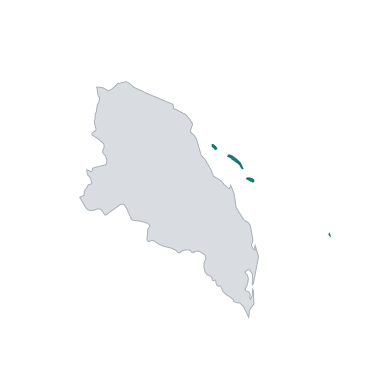 where Islas de la Bahía sits in Honduras, rotated 62°
{"feature_id": "HND-641", "entity_name": "Islas de la Bahía", "entity_type": "Department", "adm_level": 1, "iso_a3": "HND", "parent_name": "Honduras", "parent_adm1": "", "projection": "albers", "projection_center": [-86.1, 16.743], "detail": "fine", "context": "in_parent", "style": "filled", "palette": "teal", "viewbox_px": 384, "rotation_deg": 62, "n_neighbors": 0, "source": "natural_earth", "source_scale": "10m", "svg_char_len": 3578}
<svg xmlns="http://www.w3.org/2000/svg" viewBox="0 0 384 384"><g transform="rotate(62 192 192)"><path d="M329.3,200.8L317.9,200.3L312.6,201.8L310.3,205.0L308.3,206.5L306.6,206.2L303.2,207.4L298.1,210.3L293.4,211.4L289.3,210.8L288.1,211.5L287.8,212.4L287.2,213.3L285.6,213.8L283.7,213.6L281.6,212.6L280.5,213.1L280.4,214.9L279.3,215.4L277.2,214.6L274.8,215.3L272.2,217.5L268.5,218.0L263.7,216.7L259.9,214.4L257.3,210.9L254.1,210.0L248.6,212.7L246.3,215.7L245.8,217.6L246.4,219.3L245.4,220.4L242.8,221.0L240.9,223.1L239.6,226.7L239.3,229.5L240.1,231.4L238.8,232.9L235.5,233.8L231.5,236.9L226.9,242.2L222.4,245.9L217.9,248.0L215.7,250.3L215.8,252.8L215.6,253.6L214.7,253.9L213.2,254.3L204.5,248.8L201.9,244.9L199.8,245.5L197.0,247.4L193.1,251.8L189.0,257.7L187.0,258.3L176.6,257.4L171.1,257.9L170.0,258.7L169.5,260.9L169.8,263.8L171.2,274.2L172.1,278.5L171.2,279.8L168.4,280.0L164.8,280.6L162.8,282.6L162.3,284.6L162.1,287.4L160.9,290.3L158.7,292.4L156.5,293.1L144.0,293.6L144.3,288.8L140.7,286.8L138.7,282.8L136.9,280.1L137.5,278.5L137.4,276.5L132.3,275.0L127.6,276.1L124.9,275.3L122.9,274.3L126.4,271.9L126.6,270.5L125.5,269.4L124.4,268.7L124.8,266.0L125.5,262.9L127.5,255.5L126.8,254.1L123.6,251.9L119.6,251.6L115.2,252.3L113.1,251.1L111.3,248.5L108.2,247.3L102.6,249.3L96.7,252.3L94.9,253.4L93.4,253.2L92.7,250.9L92.5,248.2L92.1,247.5L89.0,246.5L85.3,245.7L83.5,245.0L81.7,243.1L77.4,240.6L76.4,238.9L70.6,234.7L69.5,232.7L68.2,231.2L65.4,229.3L63.2,229.7L55.8,227.2L54.7,227.0L55.7,225.0L58.1,221.8L63.3,218.4L63.7,215.6L62.5,210.1L61.2,206.5L62.0,205.0L63.6,198.6L64.9,197.2L72.3,194.0L73.0,193.6L78.8,189.2L85.3,184.3L92.0,178.8L99.5,172.8L103.7,169.2L105.6,167.7L109.9,169.0L113.3,166.1L115.2,165.1L119.8,161.7L121.2,160.9L128.8,159.6L132.5,159.6L135.7,163.2L138.3,165.1L143.1,163.5L147.1,163.2L163.8,166.6L170.4,165.1L182.5,164.8L188.0,165.7L195.7,161.0L200.7,160.1L206.5,157.9L205.7,155.7L204.3,154.7L213.2,155.6L226.4,160.3L240.5,159.4L245.5,156.8L248.8,156.1L263.2,160.9L267.1,164.6L270.0,164.9L272.3,164.0L272.9,163.3L270.1,162.5L268.8,161.3L280.2,163.5L301.8,180.9L302.2,182.3L293.0,177.2L288.2,177.7L286.9,178.5L287.2,181.4L287.7,182.7L289.8,182.8L291.3,182.1L295.1,183.0L297.6,184.8L300.7,187.7L302.6,190.8L304.5,190.8L306.4,188.9L310.1,188.6L312.5,190.7L314.1,190.6L311.8,187.3L306.2,184.1L307.5,184.0L319.8,189.7L323.4,197.0L326.3,198.6L329.3,200.8ZM185.3,138.5L178.2,142.0L176.0,141.9L179.2,139.2L184.4,136.8L188.9,135.7L192.5,136.2L185.3,138.5ZM209.3,134.7L206.0,137.3L205.4,136.1L207.0,133.7L209.0,132.3L211.0,132.4L210.5,133.5L209.3,134.7Z" fill="#d9dde1" stroke="#a8b0b8" stroke-width="1"/><path d="M177.1,142.7L177.4,141.6L178.6,140.5L180.4,139.5L181.7,138.9L184.4,137.6L187.2,136.7L189.1,136.1L190.4,136.0L192.2,136.1L193.5,136.2L195.7,136.2L194.8,136.4L193.9,136.9L193.0,136.7L191.7,137.0L190.8,136.8L190.0,136.9L189.7,137.0L189.1,137.4L188.8,137.6L188.4,137.6L187.8,137.7L187.0,138.3L185.4,139.1L183.8,139.7L182.1,140.9L180.6,141.3L179.6,141.4L178.9,142.1L178.2,142.8L177.3,143.4L177.1,142.7ZM207.6,134.6L208.3,133.4L208.8,132.8L210.2,132.1L211.0,132.4L211.7,133.0L211.5,133.5L210.5,133.6L210.3,134.3L209.7,135.1L208.8,135.1L208.3,135.8L206.0,137.3L205.8,136.9L206.3,136.1L206.9,135.0L207.6,134.6ZM165.1,149.9L165.3,150.2L165.0,150.9L165.1,151.4L164.2,151.4L163.6,151.6L162.4,152.1L161.3,152.6L160.7,152.1L159.9,151.8L160.2,151.3L162.2,150.4L163.3,150.1L164.0,150.0L164.6,149.9L165.1,149.9ZM293.5,90.4L293.8,90.4L294.1,90.5L294.5,90.6L294.8,90.7L294.3,90.8L294.0,90.8L293.7,90.7L293.5,90.4Z" fill="#14b8a6" stroke="#0f766e" stroke-width="1.5"/></g></svg>